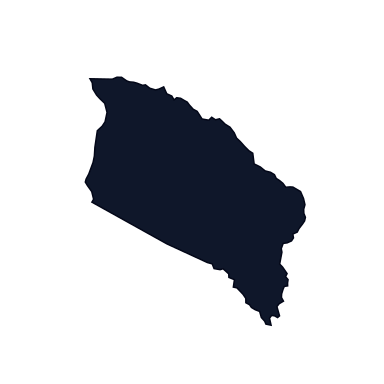 Tabira, Pernambuco, Brazil, rotated 319°
{"feature_id": "56859067B43528935445222", "entity_name": "Tabira", "entity_type": "district", "adm_level": 2, "iso_a3": "BRA", "parent_name": "Brazil", "parent_adm1": "Pernambuco", "projection": "equal_earth", "projection_center": [-37.499, -7.579], "detail": "fine", "context": "isolated", "style": "filled", "palette": "ink", "viewbox_px": 384, "rotation_deg": 319, "n_neighbors": 0, "source": "geoboundaries", "source_scale": "gbopen_adm2", "svg_char_len": 1718}
<svg xmlns="http://www.w3.org/2000/svg" viewBox="0 0 384 384"><g transform="rotate(319 192 192)"><path d="M109.8,134.0L139.1,214.9L157.3,255.3L160.1,259.5L158.4,264.3L162.3,269.1L165.1,270.3L166.0,277.9L163.8,280.7L166.5,286.0L160.8,290.9L163.0,293.8L163.2,298.1L163.4,302.6L162.8,307.6L160.0,310.9L161.5,314.9L161.1,318.1L162.5,322.4L164.7,326.5L162.0,332.2L162.1,337.2L161.1,340.2L164.3,344.4L167.7,338.1L171.1,337.4L173.1,339.7L174.2,342.9L176.8,342.9L180.9,334.2L184.5,333.5L189.4,334.4L190.3,330.3L192.8,327.7L197.0,325.1L199.7,323.8L202.6,325.6L204.5,323.3L207.0,321.2L207.1,317.2L210.2,316.0L210.7,311.8L211.1,308.2L210.9,303.9L220.4,296.4L222.2,293.3L227.1,290.6L230.4,292.8L235.0,294.2L238.5,293.2L240.5,289.9L245.1,291.3L248.8,289.8L254.3,288.7L258.0,287.7L261.0,285.5L262.4,281.5L265.0,278.3L268.9,275.7L271.9,270.1L274.2,262.9L271.4,254.5L269.4,252.5L265.9,249.9L266.3,245.1L265.6,240.8L264.5,237.0L265.6,233.0L264.2,228.6L261.0,224.0L260.0,218.0L258.7,214.8L257.3,211.6L263.3,202.6L262.0,198.1L261.6,192.0L261.5,185.4L261.0,180.5L262.7,175.0L263.2,168.0L261.5,162.5L261.2,158.5L260.8,154.8L257.1,152.9L255.9,148.5L251.8,148.8L247.5,143.5L248.8,134.5L247.2,130.3L247.1,124.5L247.4,121.0L246.2,117.8L244.9,113.8L242.3,110.8L238.9,110.7L239.7,106.3L237.4,101.3L239.6,94.1L234.5,92.6L231.4,91.0L228.2,85.9L227.2,80.6L224.7,79.1L221.9,73.8L220.0,70.9L217.0,67.8L215.6,65.2L214.1,59.2L210.6,56.1L205.9,54.6L189.3,39.6L188.4,44.1L184.8,49.2L183.6,56.2L183.7,61.0L184.3,67.8L180.1,76.2L172.4,82.0L167.4,83.4L164.8,83.5L160.8,83.6L148.1,94.5L141.9,100.8L136.7,104.8L125.9,110.7L120.5,112.8L118.0,114.5L117.3,118.6L116.6,125.9L113.0,132.9L109.8,134.0Z" fill="#0f172a" stroke="#020617" stroke-width="1.5"/></g></svg>